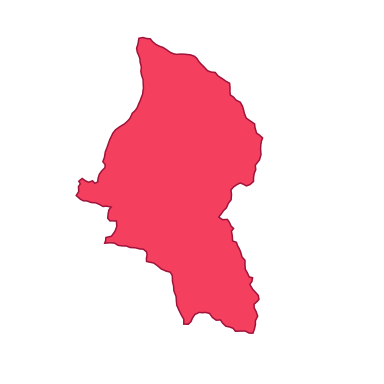 outline of Guarulhos, São Paulo, Brazil, rotated 122°
{"feature_id": "56859067B75389058468557", "entity_name": "Guarulhos", "entity_type": "district", "adm_level": 2, "iso_a3": "BRA", "parent_name": "Brazil", "parent_adm1": "São Paulo", "projection": "orthographic", "projection_center": [-46.447, -23.392], "detail": "fine", "context": "isolated", "style": "filled", "palette": "rose", "viewbox_px": 384, "rotation_deg": 122, "n_neighbors": 0, "source": "geoboundaries", "source_scale": "gbopen_adm2", "svg_char_len": 2783}
<svg xmlns="http://www.w3.org/2000/svg" viewBox="0 0 384 384"><g transform="rotate(122 192 192)"><path d="M308.4,129.0L306.1,125.0L302.3,124.2L298.6,124.8L294.5,124.7L290.4,122.2L288.8,119.1L286.9,116.6L285.7,112.7L287.6,108.1L287.9,103.6L285.4,100.0L287.0,96.5L287.9,92.2L286.5,88.4L285.8,84.9L287.1,81.4L284.3,77.3L281.7,73.1L281.4,68.9L279.4,65.5L274.9,66.5L270.7,68.0L267.6,70.0L262.5,70.5L259.4,74.3L257.3,77.9L254.3,79.9L250.6,78.8L247.6,78.3L244.6,81.0L243.6,84.3L242.3,89.1L239.7,94.0L236.0,93.8L232.6,95.2L233.7,98.5L231.2,102.3L229.3,105.8L225.8,108.4L221.8,110.9L220.6,115.2L217.0,119.1L214.8,122.3L213.4,124.9L211.1,127.7L212.0,131.6L207.8,134.6L204.3,137.8L200.9,137.4L200.2,140.8L197.7,144.6L196.5,147.5L199.3,151.5L199.1,156.0L194.8,155.6L191.1,155.4L187.2,154.4L182.2,155.2L177.9,154.7L173.1,157.2L169.7,160.0L166.1,159.6L162.1,157.9L158.8,155.9L158.2,152.5L158.0,149.1L155.0,146.8L150.5,145.4L147.3,147.4L143.2,149.1L139.2,149.8L135.8,152.5L129.0,151.8L123.7,153.3L119.5,156.4L115.5,158.7L111.9,160.1L108.7,160.8L108.0,164.9L107.8,168.5L103.9,172.8L101.1,175.0L100.9,179.5L100.6,185.2L97.1,189.8L94.5,192.3L92.3,195.0L90.3,198.6L90.7,203.4L89.5,207.3L89.4,210.9L86.9,212.9L83.0,215.3L79.8,217.8L80.1,221.9L79.8,226.5L79.8,231.3L78.3,235.7L80.1,239.2L80.9,243.1L79.7,247.5L78.7,252.0L77.7,255.4L76.1,258.8L75.6,261.8L76.4,265.8L78.9,271.0L81.0,274.7L83.3,277.8L84.5,280.6L85.1,284.5L84.8,289.5L84.8,293.4L85.6,296.6L86.0,300.8L85.4,305.2L84.2,308.5L85.9,311.9L87.0,315.5L89.8,318.5L92.6,317.3L95.2,316.2L99.4,315.2L102.6,312.3L104.3,309.7L106.4,307.0L109.4,304.8L112.8,301.2L116.8,299.3L119.7,296.6L122.6,293.0L126.3,290.6L129.5,288.3L132.1,287.2L134.9,285.8L139.0,285.0L141.7,284.4L145.5,283.9L149.3,283.2L152.9,283.3L156.9,284.4L159.7,283.9L162.9,283.7L165.8,284.2L170.1,285.4L175.0,287.9L179.7,289.8L184.0,290.3L188.0,289.8L191.1,289.5L194.3,288.8L199.0,287.7L203.9,286.8L209.1,284.6L213.5,283.7L214.8,280.2L217.5,278.7L221.7,279.7L225.9,280.0L229.9,279.0L233.5,277.3L236.1,279.0L235.2,282.3L238.5,284.8L239.0,288.6L238.7,292.3L242.8,293.7L244.3,291.0L247.5,291.2L251.7,288.3L256.4,288.3L257.3,282.7L257.0,279.4L255.3,276.5L254.3,271.8L252.2,267.9L251.6,263.8L251.4,259.7L249.4,257.2L247.6,252.6L251.1,253.0L254.7,251.7L258.9,249.6L260.0,246.3L258.4,243.8L256.7,240.7L261.1,237.5L266.2,236.5L272.2,236.9L276.2,240.9L279.0,239.5L281.7,238.9L278.5,234.6L276.4,230.6L276.4,226.4L274.7,222.6L272.6,219.1L271.9,215.1L269.3,210.4L267.9,205.9L266.3,203.0L266.9,198.8L269.1,196.8L272.5,195.5L275.0,193.7L273.6,189.8L272.5,186.8L272.8,182.5L273.6,177.3L272.8,171.9L271.5,167.9L273.5,164.3L278.2,161.2L281.4,157.9L285.5,154.9L289.1,150.1L292.7,147.5L296.1,144.9L299.1,140.5L302.0,135.8L304.3,131.5L308.4,129.0Z" fill="#f43f5e" stroke="#9f1239" stroke-width="1.5"/></g></svg>